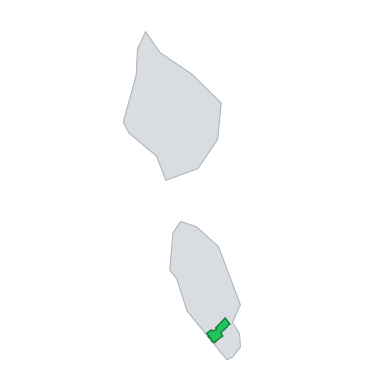 Lotofaga, Atua, Samoa (highlighted), rotated 51°
{"feature_id": "51752279B14441590630946", "entity_name": "Lotofaga", "entity_type": "district", "adm_level": 2, "iso_a3": "WSM", "parent_name": "Samoa", "parent_adm1": "Atua", "projection": "natural_earth1", "projection_center": [-171.572, -14.0], "detail": "fine", "context": "in_parent", "style": "filled", "palette": "green", "viewbox_px": 384, "rotation_deg": 51, "n_neighbors": 0, "source": "geoboundaries", "source_scale": "gbopen_adm2", "svg_char_len": 1944}
<svg xmlns="http://www.w3.org/2000/svg" viewBox="0 0 384 384"><g transform="rotate(51 192 192)"><path d="M141.2,113.3L167.2,138.8L177.5,172.6L166.4,205.0L141.9,197.0L106.4,203.9L94.6,201.6L66.1,161.9L46.3,144.0L38.3,127.2L63.5,129.1L100.2,118.0L141.2,113.3ZM344.6,270.5L281.3,270.7L249.9,258.5L238.8,258.4L211.9,232.7L207.8,219.3L221.9,210.4L251.2,205.8L310.0,225.3L318.9,242.5L332.4,244.4L342.9,251.9L345.7,264.0L344.6,270.5Z" fill="#d9dde1" stroke="#a8b0b8" stroke-width="1"/><path d="M311.0,269.4L311.7,269.5L311.9,269.5L312.0,269.5L312.5,269.5L313.1,269.5L313.3,269.5L313.8,269.5L314.1,269.5L314.3,269.6L314.4,269.8L314.4,270.0L314.5,270.1L314.6,270.3L314.8,270.3L315.0,270.3L315.2,270.2L315.3,270.2L315.5,270.0L315.5,269.9L315.7,270.1L315.8,269.9L316.0,269.9L316.3,269.9L316.5,269.9L316.7,270.0L317.0,270.1L317.3,270.0L317.9,270.0L318.0,270.0L318.4,269.9L318.5,269.9L318.7,270.0L318.8,269.9L319.1,269.8L319.3,269.9L319.4,270.0L319.7,270.1L319.8,270.1L320.0,270.2L320.1,270.3L320.1,270.2L319.9,270.1L320.0,270.0L320.1,269.9L320.3,269.9L320.6,269.8L320.6,270.0L320.7,269.9L320.8,269.9L320.8,270.0L321.0,270.0L320.9,270.0L321.1,269.9L321.4,269.9L321.7,269.9L321.8,269.8L322.2,269.8L322.5,269.7L322.8,269.6L323.1,269.6L323.3,269.2L323.2,269.0L323.2,268.8L323.2,268.7L323.2,268.4L323.2,268.1L323.3,268.0L323.2,267.7L323.0,267.3L323.0,265.8L323.0,264.3L323.0,262.7L323.3,258.7L322.6,258.6L321.5,258.4L319.3,257.9L319.3,252.5L319.1,251.8L319.0,250.9L319.0,250.0L318.8,249.5L318.5,249.0L318.3,248.6L318.2,248.3L318.5,245.7L316.6,245.7L316.3,245.7L315.0,245.6L312.8,245.6L310.8,245.5L311.6,251.7L312.5,259.1L313.8,259.1L313.8,259.4L313.9,259.6L314.0,259.8L314.2,260.4L314.2,260.6L314.2,260.8L314.0,261.2L313.2,262.4L312.9,262.9L312.8,263.0L312.6,263.3L312.5,263.5L312.4,263.6L312.2,263.7L311.9,263.7L311.8,263.8L311.7,263.9L311.4,263.8L311.2,264.1L311.2,267.6L310.9,268.8L311.0,269.4Z" fill="#22c55e" stroke="#15803d" stroke-width="1.5"/></g></svg>